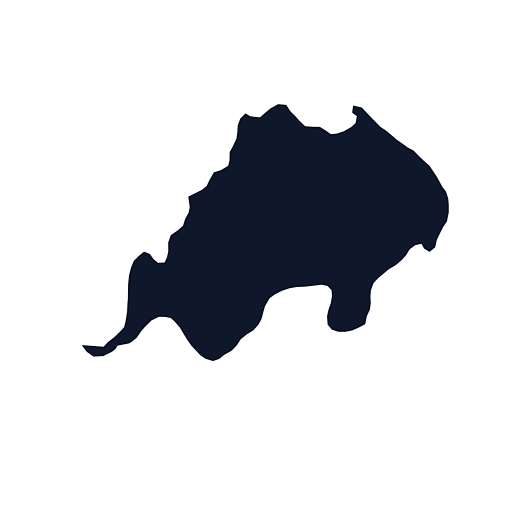 outline of VI-1 East Berbice/W.Canje, East Berbice-Corentyne, Guyana, rotated 233°
{"feature_id": "73187651B47242148474539", "entity_name": "VI-1 East Berbice/W.Canje", "entity_type": "district", "adm_level": 2, "iso_a3": "GUY", "parent_name": "Guyana", "parent_adm1": "East Berbice-Corentyne", "projection": "robinson", "projection_center": [-57.533, 6.069], "detail": "fine", "context": "isolated", "style": "filled", "palette": "ink", "viewbox_px": 512, "rotation_deg": 233, "n_neighbors": 0, "source": "geoboundaries", "source_scale": "gbopen_adm2", "svg_char_len": 2165}
<svg xmlns="http://www.w3.org/2000/svg" viewBox="0 0 512 512"><g transform="rotate(233 256 256)"><path d="M218.0,447.8L223.5,448.1L230.9,446.6L238.4,445.4L245.0,444.6L251.2,441.7L257.6,439.8L264.0,437.6L269.9,436.4L276.9,434.8L283.9,432.4L294.8,430.9L310.7,429.1L316.6,424.1L312.4,419.9L306.8,421.6L301.5,415.9L300.9,409.7L302.0,401.1L304.3,394.1L307.6,388.6L314.4,386.3L320.2,384.1L324.5,378.5L329.8,372.6L337.7,371.3L344.0,370.8L350.6,369.8L358.1,370.3L363.2,364.8L364.4,356.6L364.1,349.6L363.5,342.4L368.5,337.0L370.8,334.8L375.4,332.9L374.5,326.4L370.7,320.5L365.6,316.2L360.9,311.5L356.8,303.8L354.2,298.0L347.7,292.9L344.0,288.2L344.9,279.6L347.3,272.8L344.0,264.9L340.9,259.0L340.6,252.7L341.8,246.2L343.3,238.0L334.4,233.1L330.5,228.7L327.5,222.0L323.4,216.3L322.8,208.7L323.2,200.7L318.9,194.4L312.0,189.3L308.0,184.7L304.9,179.1L309.0,173.0L315.1,171.5L321.3,171.7L326.1,168.8L325.8,162.1L324.9,155.6L321.3,149.7L316.6,143.7L310.2,137.7L303.6,132.5L298.8,128.8L294.4,124.9L288.5,120.0L282.0,113.3L277.8,108.2L276.6,101.6L275.7,94.2L275.6,86.0L274.4,79.5L288.1,63.9L281.6,63.9L274.0,66.3L268.7,74.1L266.9,83.8L267.2,88.5L268.7,91.3L263.5,101.8L263.0,104.6L263.3,111.6L265.7,118.6L267.0,124.7L268.2,133.8L266.6,142.2L262.5,147.4L258.0,151.4L252.4,152.4L244.8,152.9L238.6,152.2L230.4,151.4L223.0,151.2L216.9,151.9L210.4,152.5L204.6,154.6L198.6,158.9L196.7,164.8L196.9,171.3L195.8,179.8L197.0,186.8L199.5,193.8L199.7,201.7L199.0,209.0L200.4,216.4L203.1,222.2L207.0,227.1L211.1,232.5L214.9,241.4L214.7,248.4L213.3,256.1L210.7,263.8L207.3,270.4L202.9,276.7L199.0,283.3L194.2,291.6L189.4,295.8L183.2,296.6L177.9,293.3L172.7,287.8L169.0,282.2L164.7,277.1L157.9,272.7L151.9,273.0L146.4,276.7L142.3,282.2L139.4,288.2L137.9,294.4L136.6,301.9L141.9,307.9L145.4,314.4L150.1,319.0L155.4,322.5L160.3,326.9L164.4,333.4L165.6,340.4L165.9,347.2L166.3,353.8L165.4,361.8L165.7,368.8L166.9,375.7L169.6,382.5L169.6,389.8L166.7,396.3L160.9,395.5L155.6,397.6L155.9,404.1L160.7,409.7L164.2,416.5L167.3,422.8L169.4,428.9L175.3,435.6L181.4,440.2L186.7,443.5L193.2,445.7L198.9,445.7L205.3,446.6L211.1,447.4L218.0,447.8Z" fill="#0f172a" stroke="#020617" stroke-width="1.5"/></g></svg>